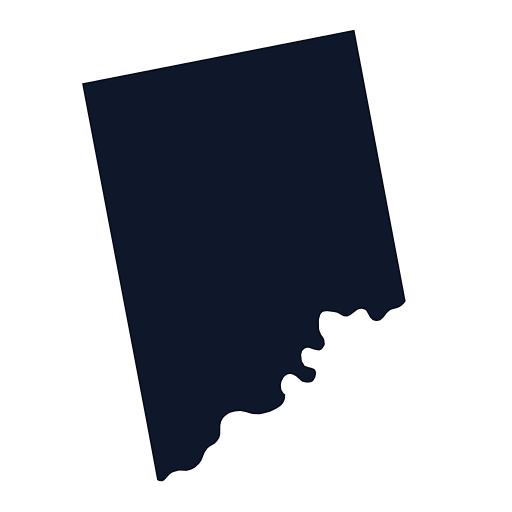 the district of Monona, Iowa, United States of America, rotated 259°
{"feature_id": "52423323B96687064906768", "entity_name": "Monona", "entity_type": "district", "adm_level": 2, "iso_a3": "USA", "parent_name": "United States of America", "parent_adm1": "Iowa", "projection": "albers", "projection_center": [-96.213, 42.039], "detail": "fine", "context": "isolated", "style": "filled", "palette": "ink", "viewbox_px": 512, "rotation_deg": 259, "n_neighbors": 0, "source": "geoboundaries", "source_scale": "gbopen_adm2", "svg_char_len": 1530}
<svg xmlns="http://www.w3.org/2000/svg" viewBox="0 0 512 512"><g transform="rotate(259 256 256)"><path d="M457.9,119.0L117.2,117.5L55.4,117.0L54.5,117.9L53.5,120.7L54.0,122.8L58.4,128.6L59.8,131.2L60.4,133.2L60.9,139.5L59.1,146.9L59.4,151.2L60.6,155.3L63.7,160.3L66.3,162.9L73.4,167.5L77.1,171.3L78.6,174.1L80.5,179.5L82.7,182.5L85.1,184.7L88.0,186.1L97.0,188.0L100.8,189.7L103.3,191.8L104.9,193.7L106.9,197.5L107.8,200.2L108.2,205.7L107.6,211.3L105.1,217.3L103.8,219.5L102.2,223.0L100.8,228.9L100.7,231.9L101.2,239.7L102.9,246.4L104.5,250.1L105.3,251.9L107.0,254.0L109.8,256.0L111.4,256.7L114.4,257.4L115.3,256.3L119.8,254.6L124.8,255.0L128.5,256.5L132.3,259.6L133.3,261.1L134.5,264.1L134.6,266.8L133.5,269.6L131.0,272.8L124.5,277.8L122.7,282.0L122.4,285.3L122.6,286.8L123.4,288.1L125.9,290.4L129.9,292.0L132.4,291.7L133.3,291.2L134.5,289.6L137.0,284.5L138.4,282.2L143.8,280.2L150.6,280.7L154.4,282.5L156.4,285.5L157.0,287.6L156.9,289.3L156.3,291.1L153.5,296.0L152.0,299.9L152.3,301.8L152.9,302.8L155.5,305.4L156.6,306.0L160.8,306.3L162.6,305.9L166.2,304.2L170.5,303.3L173.0,303.3L182.0,304.9L187.1,307.6L188.9,310.0L189.3,311.5L189.1,315.2L186.7,322.6L185.4,325.4L181.2,330.4L180.6,331.5L180.0,333.9L180.7,337.1L184.7,345.2L185.0,348.1L184.7,350.3L183.0,353.4L181.4,354.6L174.3,356.9L171.5,358.8L170.5,360.4L169.8,362.4L169.9,365.3L172.0,369.0L175.6,373.0L177.6,376.2L178.4,378.8L178.8,384.6L179.2,386.6L180.1,389.1L181.6,391.4L183.4,393.5L458.5,395.0L457.9,119.0Z" fill="#0f172a" stroke="#020617" stroke-width="1.5"/></g></svg>